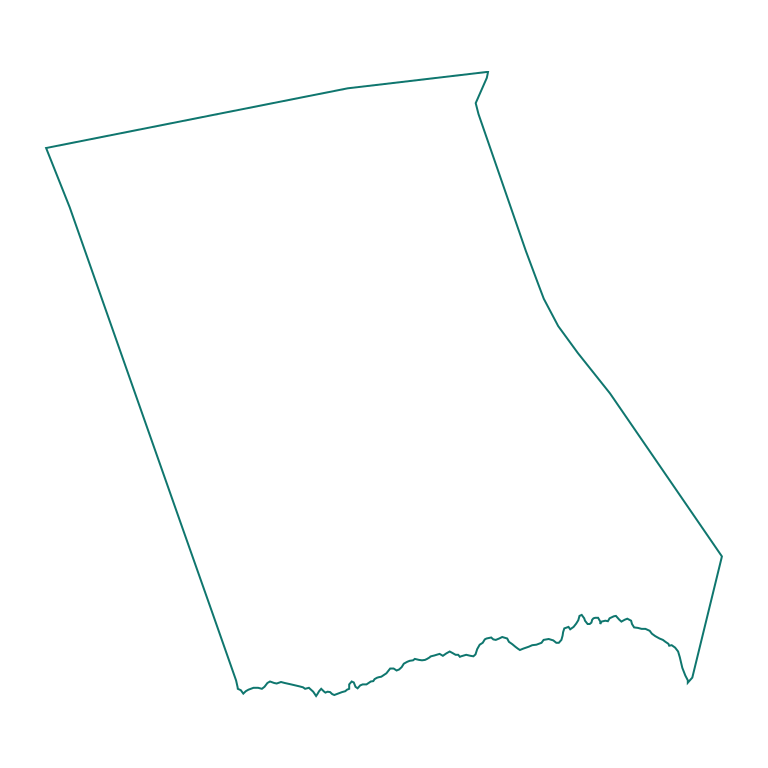 the district of As Sunta, Southern Darfur, Sudan
{"feature_id": "16777658B61826891911039", "entity_name": "As Sunta", "entity_type": "district", "adm_level": 2, "iso_a3": "SDN", "parent_name": "Sudan", "parent_adm1": "Southern Darfur", "projection": "robinson", "projection_center": [25.684, 10.668], "detail": "fine", "context": "isolated", "style": "outline", "palette": "teal", "viewbox_px": 768, "rotation_deg": 0, "n_neighbors": 0, "source": "geoboundaries", "source_scale": "gbopen_adm2", "svg_char_len": 2408}
<svg xmlns="http://www.w3.org/2000/svg" viewBox="0 0 768 768"><path d="M488.0,72.0L486.5,72.0L347.8,88.3L46.1,148.0L69.7,207.3L96.2,282.7L181.6,525.6L190.7,551.4L212.7,613.8L236.1,680.5L237.6,687.2L237.8,688.8L240.8,690.2L243.3,693.6L245.8,691.2L248.4,689.7L253.5,687.8L258.1,687.8L261.9,688.8L264.5,686.8L267.4,683.0L270.0,681.5L274.2,683.0L276.7,683.5L281.0,682.0L284.8,683.0L291.1,684.4L299.6,686.4L303.0,687.3L305.1,688.8L308.9,687.8L313.2,691.7L316.1,696.0L317.4,694.1L319.1,691.2L321.2,688.8L324.2,691.7L325.4,692.6L327.6,691.7L330.1,692.1L332.2,694.1L334.3,695.0L342.0,692.1L345.3,691.2L347.0,689.7L349.2,688.8L349.2,684.4L351.7,681.5L353.8,682.5L355.5,686.8L357.6,688.3L360.2,685.4L362.7,684.4L366.5,684.4L370.8,681.5L373.3,681.1L374.6,679.1L377.1,677.7L378.8,677.2L381.3,676.7L386.4,673.3L389.0,670.0L390.2,668.5L393.6,668.5L396.6,670.5L399.1,669.5L401.7,667.1L403.8,663.7L407.2,661.8L409.7,660.8L413.1,660.3L414.8,658.9L419.0,659.9L422.0,660.3L425.0,659.9L427.1,658.9L429.6,657.4L430.5,656.5L432.2,656.0L434.3,655.5L437.2,654.6L439.6,653.9L442.9,655.8L446.3,653.4L449.7,651.5L452.3,652.9L455.6,654.8L458.2,654.8L459.9,656.8L461.1,656.3L466.2,654.8L470.4,655.8L473.4,656.3L475.5,654.4L477.2,649.1L479.7,644.7L482.7,642.8L484.8,639.4L486.5,638.5L491.2,637.5L493.3,639.4L495.8,639.9L499.2,638.5L502.2,637.0L507.2,638.5L508.9,641.8L512.3,644.2L515.3,646.7L517.8,648.6L519.9,650.0L523.3,648.6L528.8,646.7L532.2,645.2L536.4,644.7L541.5,642.8L543.6,639.9L548.7,639.0L553.3,640.4L556.3,642.8L558.8,642.8L561.4,639.9L562.6,635.6L563.1,632.2L564.3,628.4L568.5,626.9L570.2,629.3L573.6,626.9L576.2,623.6L578.3,620.2L579.5,615.9L581.7,614.9L584.2,618.3L585.0,620.7L587.6,624.0L589.7,624.0L591.4,622.6L592.2,619.7L593.5,618.3L595.2,617.8L598.1,617.8L600.3,621.6L600.3,624.0L601.5,621.6L605.3,620.7L607.9,621.2L609.6,618.3L613.8,616.3L615.9,615.9L619.3,619.7L621.4,621.6L624.8,619.7L627.3,618.7L631.1,620.7L632.0,624.0L634.1,627.4L637.9,627.9L641.7,628.9L645.5,628.9L649.7,630.8L650.9,632.4L651.9,633.7L655.2,636.1L659.5,638.5L662.9,639.9L665.4,641.8L668.4,643.8L669.2,645.7L671.7,645.2L675.1,647.6L678.1,651.5L679.8,657.2L682.3,667.8L685.3,675.5L687.8,680.3L687.8,682.7L692.3,677.6L721.4,558.6L721.9,556.4L610.0,393.4L577.9,353.1L558.2,326.1L543.8,298.8L538.8,285.6L525.8,250.8L478.5,114.1L475.7,103.1L477.8,98.4L478.7,96.3L486.8,77.9L487.5,74.6L488.0,72.0Z" fill="none" stroke="#0f766e" stroke-width="2"/></svg>